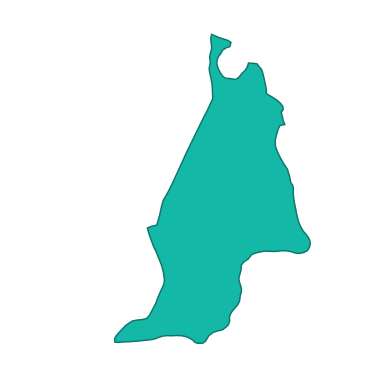 Changamwe, Coast, Kenya, rotated 258°
{"feature_id": "3690345B29698096186163", "entity_name": "Changamwe", "entity_type": "district", "adm_level": 2, "iso_a3": "KEN", "parent_name": "Kenya", "parent_adm1": "Coast", "projection": "natural_earth1", "projection_center": [39.602, -4.018], "detail": "fine", "context": "isolated", "style": "filled", "palette": "teal", "viewbox_px": 384, "rotation_deg": 258, "n_neighbors": 0, "source": "geoboundaries", "source_scale": "gbopen_adm2", "svg_char_len": 2635}
<svg xmlns="http://www.w3.org/2000/svg" viewBox="0 0 384 384"><g transform="rotate(258 192 192)"><path d="M342.1,244.0L338.4,242.3L333.9,241.7L330.4,241.5L327.6,240.8L323.9,238.8L319.9,237.2L316.8,237.1L312.9,236.1L309.7,234.6L307.0,234.2L302.4,234.2L298.5,234.2L294.1,234.1L290.0,233.6L284.3,232.6L279.2,231.8L268.7,224.0L260.0,216.9L245.8,205.8L234.8,197.2L231.6,194.7L218.2,184.8L204.9,174.9L201.7,172.4L197.8,169.3L193.9,165.8L189.7,162.1L185.0,159.6L180.2,157.4L176.0,155.5L170.9,152.8L166.9,150.6L166.9,145.8L166.1,140.9L163.1,141.0L160.2,141.2L156.2,141.7L152.0,142.3L146.1,143.2L141.9,144.3L138.7,144.9L135.1,145.5L130.8,146.3L127.5,146.8L124.0,147.2L120.0,147.3L115.8,147.1L112.5,146.9L108.9,145.9L105.8,144.0L103.1,141.9L99.3,139.1L94.8,136.0L91.0,133.7L87.5,130.8L85.1,128.9L82.4,126.6L79.6,124.1L77.6,120.8L77.6,116.3L78.2,111.5L78.2,106.9L77.1,103.7L75.1,99.2L72.4,95.2L70.0,91.8L67.1,87.9L64.6,85.8L61.1,85.4L60.3,88.5L59.8,92.2L59.0,97.2L58.2,102.3L57.5,107.7L56.9,113.5L56.3,118.7L56.0,123.0L56.2,126.2L56.8,129.4L57.1,133.4L56.8,137.2L55.6,142.3L54.8,147.3L53.5,152.2L51.3,157.0L49.0,159.8L46.9,162.0L44.4,163.5L42.7,166.4L41.9,171.4L43.6,174.5L48.0,178.6L50.3,183.5L50.7,187.4L50.9,193.2L52.6,196.9L54.6,200.0L57.7,201.9L61.8,202.6L64.3,204.0L66.8,206.3L69.7,209.9L72.1,213.1L75.3,215.8L80.3,217.5L83.9,219.4L86.6,220.2L90.5,220.1L94.4,219.6L98.1,219.9L100.8,221.3L105.2,223.6L110.3,225.1L113.0,228.5L114.7,233.0L118.5,237.6L119.2,242.5L119.2,247.4L119.0,251.0L118.1,254.8L116.7,260.2L116.2,264.6L115.8,268.5L114.7,272.5L113.0,276.7L110.8,280.4L109.6,284.1L109.6,288.5L110.5,292.3L113.3,295.3L116.9,297.0L120.2,297.1L122.9,296.5L126.5,295.0L130.1,292.9L132.9,291.9L135.7,291.0L139.4,290.2L143.2,289.9L146.5,289.8L150.1,289.8L154.2,289.9L159.1,289.9L163.4,290.1L166.9,290.4L171.5,291.1L174.7,291.9L177.9,291.8L180.7,290.6L183.5,290.6L186.6,290.7L190.4,290.4L194.2,290.1L197.2,289.0L200.1,287.8L204.7,286.3L208.7,285.1L212.3,284.3L215.6,283.6L219.7,283.1L226.0,284.4L229.9,286.3L232.6,287.8L235.2,289.1L238.8,291.8L238.8,296.8L243.2,296.0L247.5,296.1L251.5,295.8L253.7,298.3L256.7,298.6L260.0,297.2L263.4,294.8L266.5,291.9L269.7,288.5L272.6,285.2L276.2,285.9L280.6,286.2L284.8,286.1L288.2,286.1L291.3,286.0L295.0,285.9L297.9,285.3L300.9,283.5L303.8,282.3L305.0,279.0L306.4,274.1L302.6,271.9L299.8,269.2L297.9,265.9L294.7,262.0L292.9,258.2L295.0,253.0L296.3,248.4L298.8,246.1L303.3,244.3L307.6,243.2L311.7,242.9L315.5,243.8L318.7,245.8L321.1,248.6L324.4,251.5L326.0,255.5L326.3,259.3L330.3,261.2L332.8,258.7L335.5,253.8L337.7,250.2L339.8,247.2L342.1,244.0Z" fill="#14b8a6" stroke="#0f766e" stroke-width="1.5"/></g></svg>